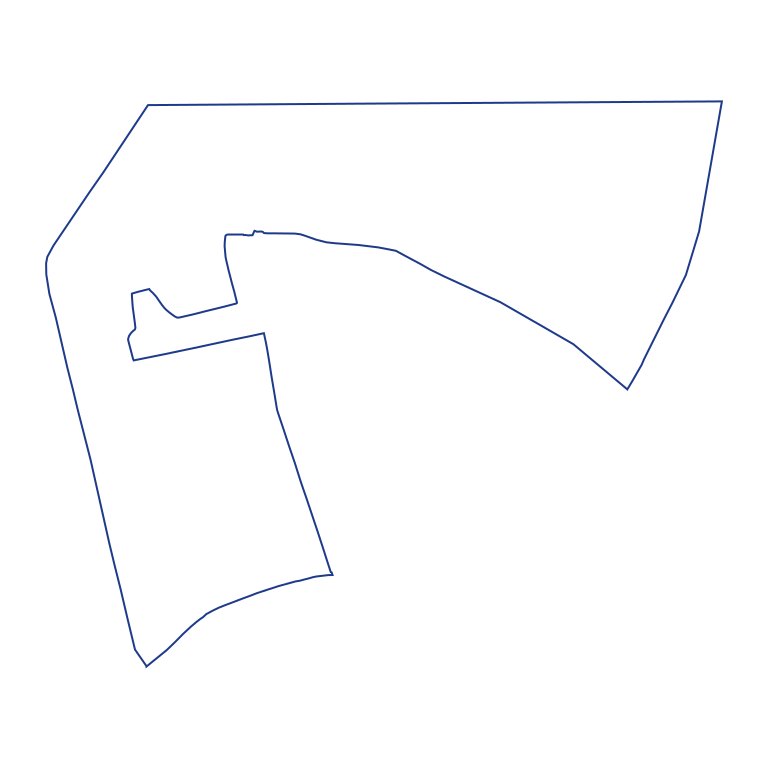 the district of Ismailiyya 2, Al Isma`iliyah, Egypt
{"feature_id": "37247803B84345161552096", "entity_name": "Ismailiyya 2", "entity_type": "district", "adm_level": 2, "iso_a3": "EGY", "parent_name": "Egypt", "parent_adm1": "Al Isma`iliyah", "projection": "mercator", "projection_center": [32.27, 30.614], "detail": "fine", "context": "isolated", "style": "outline", "palette": "blue", "viewbox_px": 768, "rotation_deg": 0, "n_neighbors": 0, "source": "geoboundaries", "source_scale": "gbopen_adm2", "svg_char_len": 2372}
<svg xmlns="http://www.w3.org/2000/svg" viewBox="0 0 768 768"><path d="M331.7,572.5L331.5,572.4L330.8,572.1L330.4,571.0L328.5,565.2L323.3,549.0L317.8,532.1L312.1,515.1L306.3,497.8L303.0,488.3L300.4,480.6L294.9,463.2L289.0,445.9L283.3,428.6L277.5,411.3L277.3,410.6L277.1,409.8L276.6,407.1L274.5,394.1L271.6,376.9L269.8,365.3L268.9,359.6L267.4,350.6L265.9,342.5L263.9,333.2L249.5,336.3L232.8,339.7L215.6,343.4L198.8,347.0L165.0,354.1L133.7,360.4L133.3,359.4L132.9,358.3L131.0,351.0L129.6,345.7L128.5,341.5L128.1,339.6L128.3,338.3L129.1,335.8L131.2,332.8L133.4,330.7L134.9,329.5L135.2,328.6L135.4,327.8L134.8,322.5L132.7,306.9L131.9,295.7L131.9,294.6L131.9,293.6L137.7,291.9L149.2,289.0L149.6,289.7L150.1,290.4L152.9,293.0L156.1,296.5L158.7,300.3L162.0,305.0L164.5,308.1L166.3,309.9L169.5,312.6L173.7,315.7L175.4,316.8L176.3,317.2L177.2,317.6L179.5,317.5L193.5,314.3L205.2,311.3L224.0,306.7L236.3,303.5L236.6,303.1L237.0,302.8L235.7,297.5L234.3,291.8L232.1,283.9L228.5,270.0L226.2,260.1L225.6,257.2L225.0,250.6L224.6,246.0L224.8,241.7L225.3,236.8L225.4,236.2L225.6,235.6L226.8,234.7L227.7,234.6L228.5,234.5L243.1,234.5L243.5,234.9L243.7,235.1L245.5,235.0L248.1,235.4L252.5,235.2L254.5,230.8L257.0,231.7L261.4,231.5L262.8,231.9L263.2,232.3L263.9,233.0L265.4,233.2L267.8,233.3L270.5,233.3L289.1,233.5L295.2,233.6L300.4,234.3L304.0,235.4L316.2,239.7L326.4,242.3L334.5,243.2L358.6,245.0L378.3,247.4L388.9,249.4L395.9,250.8L404.9,255.7L420.8,264.2L430.8,269.9L444.7,276.7L500.4,302.2L573.4,344.2L625.8,388.1L626.5,388.7L627.0,389.1L627.3,389.4L631.9,381.8L641.6,364.9L644.1,359.1L663.7,319.7L668.9,309.6L672.3,303.0L685.9,275.0L699.1,231.4L721.9,101.4L355.2,103.7L327.2,103.9L148.0,105.1L103.3,172.4L89.0,192.9L53.5,245.5L47.3,256.9L46.1,263.4L46.3,274.5L49.4,294.0L55.8,317.6L67.4,367.9L73.0,389.9L77.6,409.2L90.5,459.5L109.3,543.3L114.7,565.7L120.5,588.8L127.6,619.0L135.0,649.6L146.1,665.6L146.3,666.1L146.4,666.6L153.4,660.9L166.8,650.0L174.4,642.7L183.3,633.7L191.3,626.3L196.4,622.0L199.5,619.6L201.8,617.9L202.3,617.7L202.7,617.4L204.1,616.2L206.5,613.9L207.3,613.6L208.0,613.2L212.8,610.6L218.8,607.7L226.1,604.8L226.7,604.6L227.2,604.4L242.7,598.5L249.6,596.0L256.8,593.2L267.4,589.7L272.2,588.2L278.5,586.1L295.6,581.4L300.0,580.7L303.2,579.8L309.1,578.3L313.2,577.1L316.3,576.5L328.2,575.1L332.5,575.0L331.7,572.5Z" fill="none" stroke="#1e3a8a" stroke-width="2"/></svg>